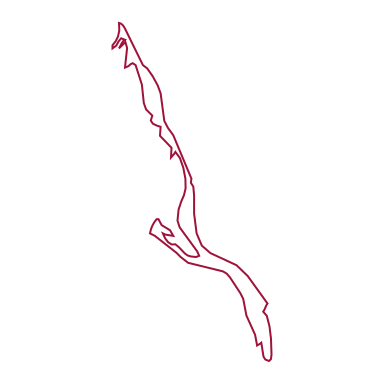 the District of Long Island
{"feature_id": "BHS-5033", "entity_name": "Long Island", "entity_type": "District", "adm_level": 1, "iso_a3": "BHS", "parent_name": "The Bahamas", "parent_adm1": "", "projection": "equal_earth", "projection_center": [-75.131, 23.273], "detail": "fine", "context": "isolated", "style": "outline", "palette": "rose", "viewbox_px": 384, "rotation_deg": 0, "n_neighbors": 0, "source": "natural_earth", "source_scale": "10m", "svg_char_len": 1453}
<svg xmlns="http://www.w3.org/2000/svg" viewBox="0 0 384 384"><path d="M263.2,311.7L266.8,315.8L269.5,326.4L271.0,338.8L271.5,354.8L270.9,359.2L269.0,361.0L265.3,359.5L263.5,356.6L261.3,342.7L260.1,343.7L257.1,345.5L255.1,334.8L246.4,315.5L243.2,298.8L240.3,293.1L230.0,277.4L226.8,273.7L223.0,271.4L188.1,262.8L180.5,256.9L176.6,252.9L154.8,235.8L150.0,233.4L150.9,229.4L152.3,225.8L154.2,222.4L156.6,219.2L158.5,219.2L161.6,225.1L170.1,230.3L173.3,235.9L165.4,234.6L162.9,233.4L165.0,238.1L168.1,242.2L171.7,244.5L175.4,244.3L179.1,247.4L184.9,253.5L187.7,255.5L191.1,256.5L196.1,257.0L199.2,255.8L197.2,251.4L179.7,227.4L177.5,220.6L178.6,209.5L181.2,201.6L184.0,195.1L185.6,188.4L185.4,178.7L183.3,167.7L179.9,158.0L175.4,151.9L174.3,153.7L171.0,157.5L171.5,147.8L160.0,135.8L160.6,126.8L156.5,125.5L152.8,123.6L150.8,120.6L152.3,115.6L146.1,109.5L143.8,103.0L141.9,84.7L135.6,65.1L132.7,63.2L130.7,64.1L128.5,66.1L125.0,67.6L127.1,48.0L125.4,42.1L119.0,48.4L121.9,43.0L123.1,41.2L125.0,39.8L121.2,38.3L118.7,41.2L116.3,45.6L112.5,48.4L112.5,45.3L115.7,41.2L118.0,36.5L119.3,30.5L119.0,23.0L120.9,23.6L122.4,24.8L123.8,26.5L125.0,28.6L142.9,65.1L147.1,68.3L152.6,76.1L157.7,85.4L160.6,93.3L164.3,120.9L168.0,128.0L173.3,135.3L191.4,178.6L190.9,182.8L193.3,186.6L194.1,195.5L194.1,213.6L196.6,233.3L201.8,245.6L210.4,253.1L236.5,265.2L247.7,276.0L267.5,303.5L266.2,305.6L264.5,309.6L263.2,311.7Z" fill="none" stroke="#9f1239" stroke-width="2"/></svg>